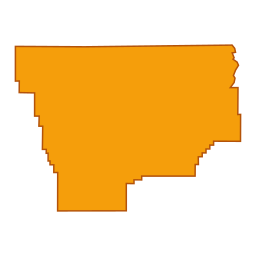 the district of Musselshell, Montana, United States of America
{"feature_id": "52423323B78609580638287", "entity_name": "Musselshell", "entity_type": "district", "adm_level": 2, "iso_a3": "USA", "parent_name": "United States of America", "parent_adm1": "Montana", "projection": "mercator", "projection_center": [-108.305, 46.444], "detail": "fine", "context": "isolated", "style": "filled", "palette": "amber", "viewbox_px": 256, "rotation_deg": 0, "n_neighbors": 0, "source": "geoboundaries", "source_scale": "gbopen_adm2", "svg_char_len": 773}
<svg xmlns="http://www.w3.org/2000/svg" viewBox="0 0 256 256"><path d="M84.8,46.8L15.4,46.4L15.4,81.1L19.3,81.0L19.2,92.6L34.6,92.9L34.6,116.1L39.2,116.1L38.9,126.2L42.7,126.2L42.4,149.4L46.3,149.4L46.2,153.3L48.1,153.2L48.1,161.0L50.0,161.0L50.0,164.8L53.8,164.8L53.8,172.5L57.7,172.5L57.6,210.9L126.3,210.8L126.3,183.5L134.0,183.6L134.0,179.8L141.7,179.9L141.7,176.1L195.1,176.1L195.2,164.5L198.4,164.5L198.3,156.8L202.2,156.7L202.2,152.9L206.0,152.9L206.0,149.0L209.8,149.0L209.8,145.1L213.6,145.1L213.6,141.2L240.5,141.3L240.6,114.4L237.8,114.5L238.0,87.6L230.3,87.6L234.1,82.5L235.0,78.1L233.4,75.6L235.6,70.0L238.5,65.3L237.1,62.1L233.0,59.2L234.1,57.8L232.2,52.9L235.5,52.3L234.7,48.4L232.1,45.1L84.8,46.8Z" fill="#f59e0b" stroke="#b45309" stroke-width="1.5"/></svg>